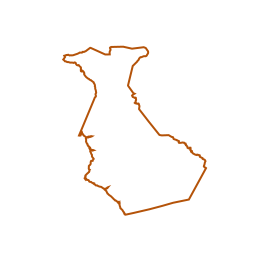 Ontario, Equal Earth projection, rotated 204°
{"feature_id": "CAN-682", "entity_name": "Ontario", "entity_type": "Province", "adm_level": 1, "iso_a3": "CAN", "parent_name": "Canada", "parent_adm1": "", "projection": "equal_earth", "projection_center": [-83.246, 49.265], "detail": "fine", "context": "isolated", "style": "outline", "palette": "amber", "viewbox_px": 256, "rotation_deg": 204, "n_neighbors": 0, "source": "natural_earth", "source_scale": "10m", "svg_char_len": 5657}
<svg xmlns="http://www.w3.org/2000/svg" viewBox="0 0 256 256"><g transform="rotate(204 128 128)"><path d="M87.8,138.0L85.5,137.7L85.1,137.7L84.5,137.6L83.3,137.9L82.7,137.5L82.1,136.7L81.7,136.5L78.8,136.8L78.6,136.7L78.2,136.8L77.8,136.6L76.4,136.8L76.1,136.7L75.9,136.0L75.6,135.7L75.7,135.4L75.4,135.2L75.0,135.3L73.8,135.9L72.0,137.1L71.2,137.1L70.7,137.4L70.2,137.2L69.5,137.2L69.4,137.2L69.4,136.8L68.5,136.7L68.3,136.5L68.5,136.3L68.1,135.8L67.2,135.6L66.2,135.2L66.0,134.9L65.7,134.2L64.8,134.0L63.7,134.2L63.5,134.4L63.6,135.1L63.3,135.3L62.9,135.4L62.2,134.2L62.2,133.5L62.0,133.1L61.7,133.0L60.6,133.0L60.3,133.0L60.1,132.8L60.2,132.6L60.9,132.4L60.8,132.0L58.8,131.5L58.3,131.2L55.7,131.0L54.1,131.3L54.0,131.8L53.7,131.9L51.5,132.2L51.3,132.2L51.1,131.9L50.9,131.1L50.6,130.9L47.6,130.8L47.5,130.7L47.4,130.3L47.2,130.1L45.3,130.2L44.7,130.0L43.9,129.4L43.7,129.1L43.8,128.0L43.2,125.3L43.3,124.8L43.1,123.8L42.4,123.4L41.9,123.3L40.9,123.3L40.4,123.1L43.3,87.4L56.3,78.1L65.0,70.8L75.2,62.6L88.7,52.4L95.0,47.8L95.4,47.7L95.7,47.9L96.0,48.0L95.8,48.2L96.7,48.7L97.3,49.3L98.2,49.6L99.1,50.3L99.3,50.4L99.8,50.8L101.9,51.5L102.4,51.7L102.6,52.2L103.3,52.9L104.3,54.1L104.4,54.4L104.7,54.6L105.1,55.0L105.3,55.2L105.3,55.3L105.0,55.7L105.1,55.9L105.4,55.5L106.0,55.5L106.1,55.8L107.1,55.9L107.2,56.1L107.0,56.5L107.4,56.3L109.4,56.7L110.0,56.6L110.1,56.8L110.9,56.8L111.3,57.1L112.1,57.2L113.1,57.7L114.8,58.3L115.4,58.6L118.4,59.2L119.5,59.7L120.1,59.8L120.2,60.0L121.0,60.5L122.0,61.5L123.4,62.0L124.5,62.3L124.6,62.5L123.9,62.9L123.7,63.2L123.3,63.5L122.9,64.2L122.4,64.6L122.4,65.0L122.2,65.7L122.6,65.3L122.9,64.5L123.9,63.3L124.3,63.1L125.1,62.8L125.9,62.8L128.5,63.3L129.0,63.2L130.1,62.9L131.6,62.8L132.8,63.0L133.9,62.5L135.2,62.9L135.5,63.1L135.6,63.3L135.5,63.5L135.8,63.2L136.1,63.4L136.4,63.4L136.8,63.8L136.6,64.1L136.8,64.4L136.7,64.2L136.9,63.9L136.7,63.7L136.7,63.4L135.9,63.2L135.6,63.0L135.8,62.9L136.7,63.1L137.5,63.3L139.5,63.5L139.8,63.7L141.0,63.3L141.5,63.3L141.9,63.5L142.1,64.0L141.7,64.6L141.8,64.5L142.2,64.1L143.1,64.3L144.1,64.0L144.7,64.2L144.9,64.2L145.0,64.0L145.9,64.5L145.9,64.8L146.6,65.0L146.5,64.6L146.4,64.0L147.2,64.5L146.9,65.4L147.2,65.8L147.0,66.3L147.2,66.8L147.5,66.9L147.6,67.3L146.7,69.8L146.2,70.8L145.9,71.7L145.7,71.9L145.7,72.3L145.8,72.4L145.8,73.4L146.3,74.0L146.2,74.3L146.7,74.3L147.3,74.9L148.3,77.4L148.1,78.1L147.7,78.8L147.5,79.5L147.6,80.3L148.1,81.3L148.4,82.6L148.2,83.0L147.3,83.4L147.4,83.5L147.0,84.4L146.9,85.2L147.1,85.6L146.9,85.9L147.5,86.3L148.4,86.7L149.0,87.1L149.5,87.6L149.6,87.8L149.7,88.1L150.0,88.8L150.9,89.3L152.0,90.5L152.9,91.1L153.0,91.3L152.8,91.5L153.0,92.1L153.6,92.6L152.6,92.5L151.6,92.9L151.4,93.2L151.1,93.0L150.9,93.1L150.5,93.3L150.8,93.2L150.9,93.3L150.4,93.7L150.8,93.7L151.5,93.3L153.4,93.3L153.8,93.5L154.4,94.4L154.7,94.7L155.4,94.8L156.3,95.3L156.8,95.2L157.1,95.5L157.7,95.7L158.2,96.6L158.4,96.8L159.0,96.9L159.1,97.1L160.0,97.7L160.9,98.7L160.9,98.9L161.6,100.5L161.8,100.8L162.2,101.1L162.3,102.3L160.7,103.0L160.1,103.5L159.8,104.1L158.8,104.5L158.4,105.1L157.8,105.4L157.6,105.7L158.2,105.5L158.3,105.7L158.1,105.9L158.4,105.7L158.7,105.0L158.9,104.7L159.6,104.6L160.2,104.4L160.4,104.1L160.9,103.8L161.2,103.3L162.5,102.5L164.2,102.9L165.0,103.0L165.3,103.3L166.0,103.4L166.5,103.9L168.0,104.7L168.3,105.4L169.4,106.2L169.8,106.6L170.6,139.7L170.7,142.1L170.7,142.4L170.3,143.3L170.2,143.7L170.4,144.3L171.4,145.6L171.5,146.1L171.4,147.1L171.6,147.6L172.2,148.4L172.8,149.4L173.9,150.5L174.5,151.8L174.7,152.1L175.2,152.5L175.4,153.2L175.7,153.7L176.3,154.4L177.5,155.1L177.8,155.7L180.3,156.3L181.0,156.4L181.2,156.6L181.8,156.5L183.0,156.6L183.5,156.9L184.6,156.9L186.9,157.5L188.5,158.3L189.5,158.9L190.1,159.5L190.1,160.1L190.6,160.7L191.4,161.3L192.7,161.8L193.2,161.8L193.3,161.6L193.2,161.0L193.2,160.8L193.6,160.7L194.1,160.8L194.4,161.1L194.5,162.0L194.7,162.4L195.1,162.6L195.2,163.3L195.7,164.2L195.9,164.3L197.6,164.8L198.3,165.3L198.7,165.4L199.0,165.2L199.4,164.8L200.2,164.7L200.8,164.9L201.6,165.4L202.3,166.2L202.7,166.3L203.4,166.2L204.0,165.4L204.8,165.3L206.7,164.6L207.4,164.2L209.3,164.0L210.3,163.5L211.7,163.6L212.8,163.3L213.6,163.8L214.4,164.0L215.0,164.2L214.4,167.1L215.6,168.1L215.1,168.5L214.5,168.8L214.2,169.2L214.1,169.6L213.0,170.1L212.5,170.6L210.9,170.5L209.6,171.3L209.0,171.4L207.8,172.1L204.3,175.3L203.2,176.6L202.9,177.2L201.2,177.9L200.5,178.4L200.3,178.7L200.4,179.1L200.2,179.2L199.0,179.7L198.8,180.1L198.0,180.8L195.2,185.8L194.8,186.0L178.8,185.9L178.3,186.1L174.6,187.8L175.7,189.9L175.8,191.1L175.7,191.9L176.0,192.4L176.0,192.9L176.4,193.3L177.0,193.7L177.1,193.9L177.0,194.3L176.6,194.9L176.1,195.3L165.5,200.3L156.6,202.1L146.5,208.2L144.4,208.3L144.0,208.1L140.9,206.2L140.4,205.4L140.1,204.5L140.1,203.9L140.3,203.2L140.4,201.7L140.8,201.0L141.1,200.7L142.0,200.4L142.9,199.9L144.6,198.1L145.2,197.9L145.6,197.4L146.0,196.3L146.1,195.5L146.0,195.1L146.0,194.9L146.2,194.0L146.6,193.3L146.6,192.5L148.9,186.6L145.3,166.9L144.9,166.5L137.3,162.0L136.0,162.0L136.7,161.0L137.5,159.4L136.6,158.5L136.2,158.3L134.9,158.4L134.3,158.2L134.0,158.3L133.5,158.8L133.2,158.8L132.8,158.3L132.7,157.9L132.2,157.3L132.1,157.1L131.9,156.1L132.0,155.7L131.7,155.1L131.6,154.8L132.0,153.7L131.3,153.5L130.3,154.0L129.9,153.8L129.6,153.8L129.3,153.9L128.7,154.5L128.3,154.6L128.1,154.5L126.4,152.6L125.7,150.1L125.5,149.7L111.7,142.3L96.6,134.5L96.1,134.5L94.1,135.0L88.2,137.9L87.8,138.0ZM169.8,106.4L169.6,106.1L168.6,105.4L168.3,105.1L168.0,104.4L167.9,104.0L168.5,102.8L168.3,102.2L168.3,101.9L168.9,101.6L169.0,101.4L169.7,101.2L169.8,106.4Z" fill="none" stroke="#b45309" stroke-width="2"/></g></svg>